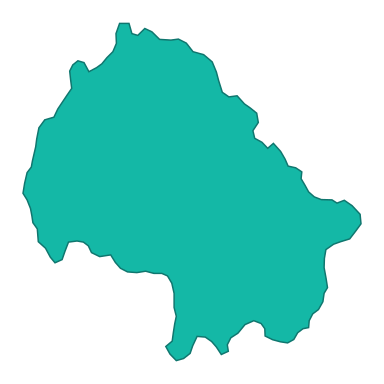 outline of Queluzito, Minas Gerais, Brazil
{"feature_id": "56859067B25947012466154", "entity_name": "Queluzito", "entity_type": "district", "adm_level": 2, "iso_a3": "BRA", "parent_name": "Brazil", "parent_adm1": "Minas Gerais", "projection": "robinson", "projection_center": [-43.889, -20.731], "detail": "fine", "context": "isolated", "style": "filled", "palette": "teal", "viewbox_px": 384, "rotation_deg": 0, "n_neighbors": 0, "source": "geoboundaries", "source_scale": "gbopen_adm2", "svg_char_len": 1801}
<svg xmlns="http://www.w3.org/2000/svg" viewBox="0 0 384 384"><path d="M176.3,360.6L183.6,358.5L190.1,353.4L192.7,345.8L197.1,336.4L205.3,337.1L211.6,341.5L216.3,346.9L221.3,354.5L228.3,351.3L227.3,344.8L230.8,337.8L238.0,333.1L245.0,324.6L253.8,320.7L261.1,323.5L264.8,328.7L265.1,336.0L272.6,339.7L280.4,341.8L287.6,342.9L293.8,339.5L297.7,332.7L303.0,328.7L308.6,327.6L309.2,320.7L312.7,313.9L318.5,309.5L322.9,301.7L324.1,293.3L327.5,287.6L326.1,278.6L324.1,267.6L324.4,258.4L325.9,249.6L333.6,244.2L340.6,241.7L349.7,238.9L355.6,231.2L361.0,223.8L360.1,214.3L352.1,205.7L344.3,200.3L337.0,203.1L332.0,199.9L321.3,199.6L314.3,196.9L308.6,191.9L305.0,185.3L301.1,178.7L301.8,171.9L295.7,167.8L288.1,166.1L285.1,159.2L280.6,151.4L273.4,143.4L267.7,148.3L262.0,142.3L254.7,138.3L252.9,130.7L258.3,122.5L256.7,113.2L250.4,108.1L244.4,103.9L237.1,95.8L228.9,96.9L222.3,92.3L218.6,80.5L216.4,72.1L212.2,61.9L203.7,54.7L193.0,51.7L186.3,43.1L178.4,39.1L170.9,40.1L159.6,39.4L152.0,31.9L144.8,28.5L137.8,35.4L131.9,33.6L129.0,23.4L119.6,23.4L116.0,33.6L116.4,43.4L112.9,51.7L106.9,57.7L101.9,63.8L96.5,67.7L88.9,71.7L84.0,62.6L77.9,60.8L72.8,64.9L69.7,71.1L70.6,79.5L71.7,88.4L66.9,95.4L61.8,103.0L57.8,109.0L53.9,117.2L44.8,119.8L38.9,127.8L36.7,139.0L35.7,146.8L34.1,153.7L32.5,160.6L31.3,167.1L27.1,172.6L24.6,183.4L23.0,193.3L27.1,199.9L30.5,208.5L31.9,215.9L32.9,222.7L37.3,228.9L38.3,241.7L45.5,248.2L50.4,257.3L55.0,262.8L62.1,259.6L64.9,251.5L68.5,242.1L77.0,241.0L83.4,242.1L88.3,245.8L91.5,252.6L99.7,256.6L110.7,254.9L115.4,262.5L120.5,268.3L127.5,271.9L136.8,272.6L145.6,271.2L153.9,273.4L161.8,273.4L167.5,275.9L171.8,283.2L174.1,293.4L174.1,307.5L176.3,316.3L174.7,323.9L173.4,332.3L172.2,341.1L165.8,346.5L170.0,354.1L176.3,360.6Z" fill="#14b8a6" stroke="#0f766e" stroke-width="1.5"/></svg>